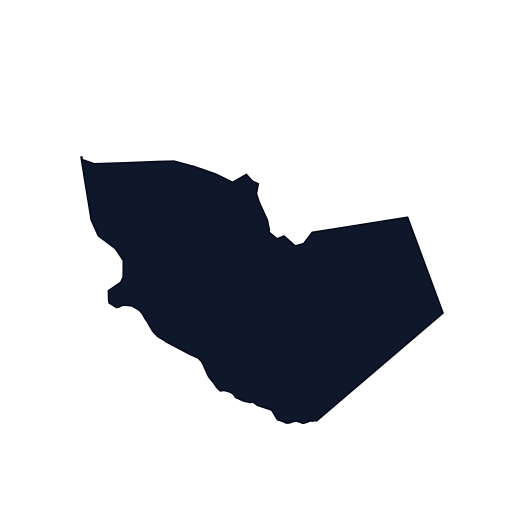 outline of Descolons, Soufrière, Saint Lucia, rotated 150°
{"feature_id": "8701671B18221439700807", "entity_name": "Descolons", "entity_type": "district", "adm_level": 2, "iso_a3": "LCA", "parent_name": "Saint Lucia", "parent_adm1": "Soufrière", "projection": "natural_earth1", "projection_center": [-61.022, 13.861], "detail": "fine", "context": "isolated", "style": "filled", "palette": "ink", "viewbox_px": 512, "rotation_deg": 150, "n_neighbors": 0, "source": "geoboundaries", "source_scale": "gbopen_adm2", "svg_char_len": 1557}
<svg xmlns="http://www.w3.org/2000/svg" viewBox="0 0 512 512"><g transform="rotate(150 256 256)"><path d="M285.8,82.9L285.1,83.0L203.0,98.2L122.5,113.1L105.3,213.8L195.5,248.4L208.6,242.9L210.3,243.4L217.0,245.1L221.7,259.3L229.1,260.4L232.9,270.3L231.5,271.6L228.2,281.2L226.3,300.9L224.5,309.7L217.9,317.3L221.7,322.8L223.5,331.5L239.4,331.5L249.7,346.9L263.3,362.7L265.6,365.5L266.0,365.5L266.4,365.5L266.2,365.7L279.4,379.1L294.0,387.1L323.1,402.4L350.0,416.8L358.2,426.3L358.4,426.7L357.2,428.7L357.7,428.9L358.1,429.1L365.8,409.0L380.7,369.7L381.6,361.2L382.5,352.3L377.3,340.2L374.1,332.6L373.2,318.4L381.6,304.2L386.3,300.9L388.9,300.7L401.2,299.8L402.2,297.9L405.9,291.1L406.4,289.7L406.7,288.7L404.9,285.6L402.6,281.0L399.6,280.2L397.0,280.2L395.1,279.4L394.3,279.0L394.2,278.9L392.0,277.5L389.7,275.7L388.4,274.8L385.5,269.7L384.1,267.0L383.8,265.2L383.3,262.5L383.4,258.1L383.4,256.7L383.1,254.1L383.1,248.5L383.1,248.0L383.1,246.9L383.0,242.2L381.5,235.6L378.7,230.7L376.4,226.0L362.3,203.6L357.2,196.7L356.0,192.2L356.0,188.6L356.7,182.9L357.4,175.3L356.1,166.5L355.7,161.5L354.5,157.1L350.8,155.4L348.3,153.1L345.8,150.1L344.7,147.4L344.5,143.7L339.0,136.3L333.9,131.7L332.4,131.7L331.0,129.7L329.5,126.0L323.4,119.1L319.6,114.9L319.4,111.2L319.4,109.9L319.4,109.7L319.4,106.7L319.4,105.2L319.2,103.3L317.3,101.3L315.2,98.8L313.3,96.1L310.3,94.6L308.2,94.3L304.8,93.5L303.3,92.5L301.2,90.3L299.3,87.8L297.5,87.1L296.5,86.8L291.3,86.0L290.2,85.5L290.1,84.9L285.7,83.3L285.8,82.9Z" fill="#0f172a" stroke="#020617" stroke-width="1.5"/></g></svg>